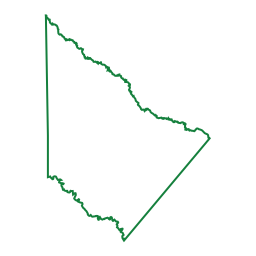 Bermejo, Formosa, Argentina (Natural Earth projection)
{"feature_id": "61730980B55817879292044", "entity_name": "Bermejo", "entity_type": "district", "adm_level": 2, "iso_a3": "ARG", "parent_name": "Argentina", "parent_adm1": "Formosa", "projection": "natural_earth1", "projection_center": [-61.415, -23.947], "detail": "fine", "context": "isolated", "style": "outline", "palette": "green", "viewbox_px": 256, "rotation_deg": 0, "n_neighbors": 0, "source": "geoboundaries", "source_scale": "gbopen_adm2", "svg_char_len": 5662}
<svg xmlns="http://www.w3.org/2000/svg" viewBox="0 0 256 256"><path d="M45.9,16.5L47.9,135.9L47.9,177.2L50.2,176.5L50.7,177.6L51.3,177.9L52.4,179.2L53.0,179.1L53.3,178.7L53.3,176.9L53.7,176.6L54.8,176.3L55.9,176.6L56.2,177.0L56.8,178.4L57.9,179.9L60.0,179.4L60.5,179.5L61.1,180.0L59.8,180.3L59.3,181.3L59.1,182.4L60.8,183.1L62.6,183.2L63.6,183.6L63.5,183.9L63.2,184.2L61.8,183.8L61.5,184.0L61.4,185.2L61.7,186.4L62.3,187.1L62.6,188.0L62.6,188.6L63.0,189.7L63.9,189.4L64.2,190.3L65.4,190.9L67.2,190.9L67.3,191.9L67.7,192.2L68.6,192.4L69.4,192.5L69.9,192.2L70.3,191.1L70.6,190.8L71.4,191.1L72.7,191.0L73.1,194.6L74.9,193.2L75.5,193.2L75.7,193.8L75.8,195.0L74.2,198.4L74.5,199.0L75.2,199.7L76.4,200.5L77.3,200.3L78.7,199.2L79.1,199.5L78.9,200.3L78.0,200.7L77.7,201.2L77.9,201.5L79.9,202.4L82.1,202.9L82.4,203.4L82.5,204.3L81.9,205.6L82.2,206.3L83.1,207.8L83.9,208.4L84.1,208.7L84.4,208.8L85.3,210.1L86.3,211.0L87.4,212.8L87.9,214.0L87.8,214.5L88.4,215.3L89.1,215.8L89.7,215.9L90.7,215.0L91.9,216.5L92.8,216.7L93.9,216.4L95.0,216.4L95.7,216.0L96.9,215.9L97.7,216.0L97.9,216.2L97.8,216.6L97.9,217.0L97.7,217.9L98.2,219.6L98.5,219.8L98.8,219.7L98.8,218.5L99.2,218.1L99.2,217.4L99.8,216.9L100.5,218.0L100.6,218.7L102.3,219.6L103.6,219.0L104.3,219.1L104.6,218.9L104.6,218.6L107.5,217.7L108.4,218.2L108.6,218.7L109.0,219.1L109.7,219.5L110.0,219.3L110.0,218.3L110.3,217.4L111.0,217.0L111.8,217.5L111.7,218.1L112.1,218.8L112.3,220.1L112.9,220.9L113.1,220.9L113.9,219.9L114.4,219.6L115.8,221.3L116.9,221.6L117.2,221.9L117.7,221.7L118.2,222.3L118.1,222.8L117.3,223.5L116.7,224.3L116.7,224.6L117.2,225.0L117.4,225.5L117.3,226.5L117.0,227.3L118.1,228.1L119.7,230.4L120.1,230.4L120.2,229.6L120.8,229.0L122.1,228.7L122.5,228.7L122.6,228.9L122.0,230.1L121.3,230.7L120.8,232.0L121.0,232.2L121.3,232.1L122.7,232.9L123.1,233.9L123.6,234.9L123.4,235.3L122.9,235.4L122.3,236.1L122.3,236.9L122.6,238.4L123.1,239.1L124.0,239.0L124.2,238.7L124.8,238.8L124.6,239.5L123.9,239.6L123.6,239.8L123.6,240.0L124.0,240.6L210.2,137.7L209.2,138.2L208.9,137.7L208.4,137.6L208.1,135.2L207.5,134.4L204.8,133.2L202.3,130.6L201.6,130.1L199.7,129.4L199.0,129.3L197.7,128.5L196.6,128.6L195.9,129.5L195.5,129.7L195.1,130.5L194.2,131.2L193.1,130.8L191.9,130.8L190.4,130.2L189.5,130.6L189.1,130.3L188.8,129.2L188.5,129.1L187.7,129.2L187.1,129.7L186.5,129.6L186.3,129.9L185.3,129.6L185.4,129.1L186.3,129.0L186.4,128.8L186.1,128.3L185.6,128.2L185.0,127.5L185.2,127.0L185.0,126.6L185.0,125.8L185.2,125.1L184.8,124.6L185.5,124.4L185.6,124.1L185.3,123.9L184.8,124.1L184.5,123.8L183.8,124.0L183.8,123.5L184.2,123.1L183.1,122.7L182.8,122.3L181.3,122.5L180.5,123.1L178.9,122.9L178.2,122.7L178.2,122.3L177.7,121.8L177.3,121.9L177.0,121.6L176.6,121.8L174.9,121.1L174.4,122.1L173.8,122.2L173.3,122.0L173.2,121.5L172.7,121.0L171.5,120.3L171.4,120.0L171.7,119.6L171.6,119.4L171.1,119.6L170.8,119.9L170.0,119.6L169.5,119.7L169.1,119.2L169.3,118.9L168.7,118.7L168.4,118.2L168.0,119.0L167.7,118.6L166.7,118.9L166.6,118.4L166.4,118.3L164.6,118.3L164.1,118.0L163.0,118.2L163.0,118.4L163.3,118.6L163.3,118.8L162.4,118.7L162.0,118.4L161.8,117.8L161.5,117.6L158.6,118.2L156.7,117.5L156.4,116.8L156.7,116.4L156.7,116.0L156.1,115.8L155.7,115.1L155.3,115.5L154.9,115.5L153.0,113.7L151.4,112.8L150.4,111.7L150.1,110.5L149.1,109.9L148.4,109.6L147.9,108.8L147.5,108.7L146.3,108.8L146.3,109.0L146.7,109.6L145.9,110.2L145.3,109.8L144.6,111.0L144.4,110.7L144.5,109.9L144.0,109.6L142.6,109.6L142.0,109.9L141.7,109.7L141.1,109.2L140.6,107.8L139.7,106.5L138.9,105.6L138.3,105.3L137.9,104.7L138.0,104.4L138.3,104.2L138.4,102.9L137.2,102.1L135.8,100.8L135.4,99.0L134.0,97.1L133.7,96.5L133.6,96.0L132.9,96.3L132.5,95.4L131.1,93.9L131.2,93.1L130.6,92.7L130.4,92.3L130.5,92.0L131.1,91.7L130.2,90.9L129.5,90.9L129.2,90.4L129.0,89.8L129.6,88.7L129.9,87.5L129.4,86.4L128.8,85.9L129.2,85.6L129.2,84.6L129.9,85.1L130.0,84.5L129.8,84.1L129.3,84.1L128.6,82.9L128.1,82.4L126.4,81.9L126.3,80.5L125.6,80.9L125.5,82.0L125.2,82.0L125.0,80.8L125.4,80.1L125.4,79.7L125.2,79.6L123.7,79.8L122.7,78.7L123.6,78.7L122.1,78.3L121.6,78.0L121.1,77.2L121.1,76.2L120.3,75.5L118.2,75.7L118.3,75.4L118.8,74.9L118.9,74.6L118.1,74.8L117.6,75.5L116.9,75.4L116.0,75.9L114.6,75.5L114.0,74.6L112.5,74.2L112.4,73.9L112.5,73.4L111.0,71.6L110.8,71.2L110.0,71.6L109.3,71.2L109.3,70.8L109.8,70.3L109.6,69.8L109.0,69.7L108.5,69.1L108.1,70.0L107.7,70.2L107.9,69.4L109.0,68.2L108.9,67.6L108.2,67.4L108.0,67.6L107.8,68.4L107.6,68.4L107.1,66.9L106.7,66.7L106.1,67.2L105.8,66.0L104.7,65.0L103.8,64.6L102.7,64.7L101.5,64.1L101.2,63.7L101.0,62.3L100.6,62.3L99.9,63.1L98.9,62.9L98.4,63.3L98.2,63.1L97.9,62.0L97.5,61.9L97.2,62.5L97.7,63.0L97.7,63.3L95.6,61.6L95.2,61.8L93.6,61.8L93.0,60.5L91.7,59.7L90.1,58.0L89.8,58.0L89.9,58.7L89.7,58.8L89.0,58.7L88.3,58.0L88.2,58.9L87.9,58.9L87.2,57.8L86.2,58.6L85.5,58.6L85.3,58.0L84.7,57.6L85.0,56.7L84.1,55.8L84.1,54.8L83.0,54.0L82.3,52.5L82.0,51.0L82.9,49.8L83.0,49.3L81.8,49.0L81.3,48.4L80.9,48.5L80.5,48.3L79.8,48.8L79.2,48.8L77.3,47.5L77.0,46.6L77.2,45.5L77.0,45.3L76.5,45.4L76.0,44.2L76.1,43.9L76.6,43.5L76.4,43.1L76.1,42.8L74.5,42.9L74.2,41.8L73.3,41.5L72.6,40.2L71.3,40.1L70.8,39.6L69.6,40.1L69.5,39.9L69.6,39.2L69.4,39.1L68.4,39.9L65.9,40.4L65.7,40.1L65.6,39.6L66.5,39.6L66.5,39.2L64.7,38.8L64.0,37.1L62.5,36.4L62.4,35.7L61.8,35.4L61.4,34.7L60.7,34.3L59.9,34.7L59.3,34.4L58.7,33.8L58.4,33.2L58.2,31.1L58.2,29.8L58.4,29.4L57.8,28.9L57.6,27.3L56.8,25.7L56.5,25.4L56.1,25.4L55.5,24.8L54.6,24.4L52.2,24.7L52.1,24.3L52.6,23.6L52.4,23.4L51.5,23.9L50.9,23.6L50.3,23.0L49.8,22.0L49.9,21.5L49.7,20.8L49.7,19.6L49.4,19.5L49.0,19.9L48.8,19.9L47.7,18.2L46.3,16.7L46.4,15.6L46.1,15.4L45.8,15.4L45.9,16.5Z" fill="none" stroke="#15803d" stroke-width="2"/></svg>